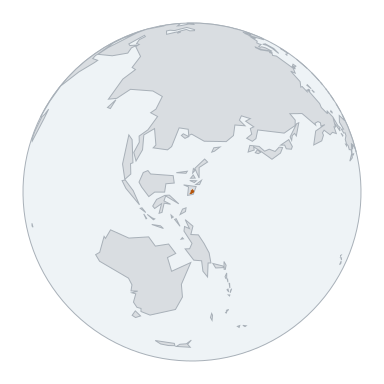 the Earth from above Davao del Norte, rotated 44°
{"feature_id": "PHL-2591", "entity_name": "Davao del Norte", "entity_type": "Province", "adm_level": 1, "iso_a3": "PHL", "parent_name": "Philippines", "parent_adm1": "", "projection": "orthographic", "projection_center": [125.674, 7.446], "detail": "fine", "context": "on_globe", "style": "filled", "palette": "amber", "viewbox_px": 384, "rotation_deg": 44, "n_neighbors": 0, "source": "natural_earth", "source_scale": "10m", "svg_char_len": 8523}
<svg xmlns="http://www.w3.org/2000/svg" viewBox="0 0 384 384"><g transform="rotate(44 192 192)"><circle cx="192" cy="192" r="169" fill="#eef3f6" stroke="#a8b0b8"/><path d="M323.9,250.6L323.7,251.8L323.6,252.0L323.9,250.6ZM282.4,49.3L279.8,47.7L274.1,46.2L277.9,49.6L272.7,46.2L283.6,56.1L284.1,60.2L280.1,53.3L277.1,51.0L275.7,52.3L272.3,50.3L269.6,50.0L265.7,47.7L263.6,44.5L261.0,43.1L260.2,44.2L255.7,43.0L257.3,41.5L249.6,39.4L244.8,34.7L252.3,34.6L246.2,32.1L246.0,31.9L258.6,36.7L270.7,42.5L282.4,49.3ZM348.7,141.8L347.3,138.1L348.6,139.8L348.7,141.8ZM346.1,136.3L346.7,137.4L346.1,136.5L346.1,136.3ZM345.5,135.9L345.9,136.2L345.6,136.3L345.5,135.9ZM344.9,136.0L345.2,135.8L345.2,136.0L344.9,136.0ZM343.3,134.9L342.9,134.5L343.1,133.9L343.3,134.9ZM281.4,52.9L281.7,52.2L282.6,53.6L281.4,52.9ZM270.0,50.4L271.0,51.4L269.2,50.9L270.0,50.4ZM261.5,47.0L258.3,46.2L261.2,46.4L261.5,47.0ZM256.2,45.3L248.5,43.8L250.0,45.6L241.3,40.2L250.7,42.9L254.0,42.8L253.9,43.9L256.2,45.3ZM237.7,37.7L235.5,37.1L237.4,37.2L237.7,37.7ZM240.7,30.2L243.5,31.1L241.9,30.6L236.5,29.1L235.1,28.8L234.4,28.4L240.7,30.2ZM229.5,27.2L230.5,27.5L226.6,26.6L229.5,27.2ZM223.9,26.1L229.9,27.4L229.7,27.4L223.9,26.1ZM221.0,25.6L223.1,25.9L222.8,25.9L221.0,25.6ZM218.3,25.1L217.4,25.0L216.4,24.8L216.7,24.9L218.3,25.1ZM220.3,25.5L220.9,25.6L219.5,25.3L220.3,25.5ZM211.5,24.2L207.8,23.8L208.0,23.8L211.5,24.2ZM47.5,104.4L47.2,105.2L56.4,92.1L57.2,90.1L64.5,81.1L66.6,79.2L66.2,82.6L68.4,80.1L73.1,73.3L77.5,69.8L75.2,70.7L72.8,73.5L71.3,74.4L73.4,72.0L74.9,70.7L76.3,69.0L70.8,74.2L80.5,65.0L90.9,56.6L102.0,49.0L101.9,49.1L107.5,45.7L108.1,45.6L111.5,43.5L115.2,41.5L118.1,40.1L122.0,38.4L124.7,37.1L120.8,38.8L133.9,33.3L136.1,32.6L138.0,32.5L127.5,38.1L123.4,39.4L125.0,37.8L117.6,41.8L121.0,40.2L119.5,41.4L125.0,39.4L124.2,40.1L130.8,37.1L130.5,37.9L126.2,39.8L134.1,38.2L135.0,39.7L137.2,39.0L139.2,37.9L139.0,41.0L140.6,40.4L141.3,39.1L144.9,37.2L151.3,35.3L150.9,36.5L148.5,37.3L143.0,41.2L136.8,43.7L137.3,44.0L142.6,42.2L149.3,37.4L153.2,36.0L150.6,38.1L151.9,37.2L153.7,36.9L155.1,37.8L158.3,35.6L178.9,32.7L183.7,34.8L179.1,36.5L193.1,37.5L197.4,41.0L198.0,39.6L205.2,39.9L203.9,38.7L204.7,38.2L222.4,39.7L226.3,41.4L234.6,41.6L234.9,41.1L232.5,39.8L241.3,40.2L250.0,45.6L248.9,46.5L255.2,49.7L251.6,51.5L251.6,54.9L244.1,55.8L244.7,58.8L247.1,59.8L249.8,65.1L246.9,73.6L238.6,62.2L240.8,51.2L239.0,55.0L236.3,53.0L233.7,53.8L232.7,57.0L234.5,58.0L216.7,59.1L208.0,67.7L216.3,68.6L220.0,72.5L217.4,85.6L196.2,101.7L200.9,109.2L200.2,113.6L194.0,115.4L194.8,108.9L189.8,105.8L191.2,102.2L181.4,103.8L183.0,98.7L174.6,102.9L176.2,107.4L184.2,107.5L176.3,114.0L182.6,122.6L181.6,132.0L165.5,147.0L151.6,150.6L150.4,153.6L145.7,149.5L138.2,154.8L145.8,173.5L145.1,178.7L133.4,187.2L133.4,183.3L121.0,172.4L117.7,184.4L127.1,196.0L130.2,208.6L122.6,203.9L119.5,192.8L115.1,188.5L117.1,177.9L114.8,161.6L107.2,163.7L108.5,157.4L104.3,143.9L93.7,146.5L76.4,160.9L72.8,176.9L67.4,183.3L63.8,158.8L66.3,143.2L62.4,144.0L60.8,130.2L50.6,126.5L51.5,122.5L49.0,123.7L48.3,119.0L50.5,112.6L49.0,112.3L43.7,129.4L45.6,129.8L50.4,124.4L48.3,130.4L49.3,136.7L40.0,149.4L28.7,158.3L31.4,146.2L42.9,112.8L44.7,109.6L45.0,109.2L45.3,108.6L42.4,113.7L45.7,107.5L35.4,129.7L32.0,139.2L28.4,158.9L27.8,160.6L27.9,165.0L32.7,162.8L31.9,166.8L27.2,184.2L23.9,207.0L26.6,225.1L30.1,240.1L31.0,243.4L27.8,231.8L25.4,220.0L23.8,208.1L23.1,196.1L23.2,184.1L24.2,172.1L26.1,160.2L28.7,148.5L32.2,137.0L36.6,125.8L41.7,114.9L47.5,104.4ZM61.8,93.9L64.2,96.2L70.0,87.3L71.4,87.6L72.8,84.7L70.4,86.6L75.0,79.0L78.5,77.6L81.7,74.2L81.1,73.4L73.9,77.3L67.3,88.0L63.8,90.9L61.8,93.9ZM188.9,23.1L189.1,23.1L185.8,23.2L180.2,23.5L183.3,23.3L174.8,23.9L175.4,23.9L188.9,23.1ZM205.7,23.6L206.4,23.7L198.3,23.2L194.8,23.1L195.3,23.1L205.7,23.6ZM155.4,27.3L157.8,26.7L158.5,26.6L164.5,25.5L164.3,25.8L160.6,26.5L155.4,27.3ZM54.8,94.0L53.0,96.1L54.0,94.6L54.4,94.1L54.8,94.0ZM156.2,27.4L158.8,26.8L157.1,27.3L156.2,27.4ZM164.5,26.0L163.1,26.4L165.0,25.7L164.5,26.0ZM98.6,325.7L102.1,327.8L100.6,327.6L98.6,325.7ZM34.4,241.4L41.8,266.6L40.5,265.7L36.8,257.6L31.7,242.0L32.1,238.6L31.3,232.0L34.4,241.4ZM172.5,241.3L177.8,242.5L177.6,243.2L172.5,241.3ZM167.0,238.1L173.0,238.9L166.1,239.7L167.0,238.1ZM175.3,239.2L181.3,238.3L183.9,237.2L183.5,238.8L175.3,239.2ZM163.1,237.7L141.9,235.3L133.8,232.4L135.6,229.7L148.8,231.9L163.1,237.7ZM134.9,229.6L122.6,220.1L106.9,194.8L112.5,195.9L129.2,212.0L128.1,214.3L135.5,221.6L134.9,229.6ZM165.2,218.0L164.1,225.3L152.3,223.4L147.0,221.7L143.4,211.8L145.4,207.2L149.7,207.8L167.1,193.3L173.0,197.9L167.5,204.2L172.4,211.1L165.2,218.0ZM73.2,178.5L75.3,188.7L72.5,189.9L73.2,178.5ZM174.7,182.7L167.3,189.0L174.2,180.3L174.7,182.7ZM179.1,174.3L179.3,177.9L176.7,174.2L179.1,174.3ZM149.7,158.3L145.1,158.7L145.3,156.2L151.2,154.4L149.7,158.3ZM180.9,140.2L179.8,147.2L178.5,149.6L177.0,145.0L180.9,140.2ZM158.1,32.1L149.9,33.0L143.8,34.6L140.2,36.6L141.8,34.5L151.1,32.0L158.1,32.1ZM176.4,32.3L179.5,31.1L180.5,31.7L180.0,32.1L176.4,32.3ZM176.6,31.5L175.9,29.9L179.3,29.3L179.1,30.6L176.6,31.5ZM165.7,27.6L163.3,27.8L164.7,27.3L165.7,27.6ZM284.4,313.2L286.5,314.4L281.7,318.8L275.0,323.1L268.7,324.4L284.4,313.2ZM234.6,322.3L233.8,316.9L241.1,316.9L238.6,321.5L234.6,322.3ZM289.1,309.9L293.4,305.1L294.4,299.0L294.6,304.6L298.6,304.9L288.0,314.0L289.1,309.9ZM206.2,298.1L173.6,306.0L166.2,304.0L167.5,299.5L159.6,285.0L162.0,285.5L159.7,275.8L178.6,269.0L192.0,254.4L203.2,256.4L211.3,245.7L223.0,247.5L219.9,256.2L232.4,263.2L240.1,243.6L248.5,265.8L258.1,274.2L261.7,288.0L247.3,309.7L238.3,313.4L236.2,311.2L232.5,313.2L226.4,311.9L222.3,304.3L218.7,306.3L221.8,301.0L216.8,305.5L213.3,300.5L206.2,298.1ZM290.5,265.7L292.4,266.4L295.6,270.4L292.5,269.5L290.5,265.7ZM319.1,254.9L320.0,256.7L318.0,257.1L319.1,254.9ZM323.6,252.0L321.2,252.6L323.9,250.6L323.6,252.0ZM299.8,253.6L300.8,255.1L300.0,255.5L299.8,253.6ZM299.0,253.1L300.0,251.0L300.0,253.2L299.0,253.1ZM289.6,240.8L290.7,239.8L291.2,240.7L289.6,240.8ZM185.6,243.3L192.8,238.2L196.8,238.1L185.6,243.3ZM287.9,238.4L285.1,238.0L285.3,236.8L287.9,238.4ZM288.0,235.7L287.7,234.0L289.5,238.0L288.0,235.7ZM282.5,231.6L286.0,234.8L282.1,231.9L282.5,231.6ZM280.5,231.9L278.0,230.4L278.1,229.9L280.5,231.9ZM252.9,231.9L262.2,242.3L254.9,241.4L246.7,234.8L240.6,239.8L226.6,237.7L229.7,234.5L227.7,229.0L213.4,225.7L210.6,222.0L215.6,220.1L206.3,216.6L216.4,215.9L220.7,223.4L226.4,218.4L236.6,220.7L246.6,223.9L254.9,229.9L252.9,231.9ZM216.7,231.5L218.4,231.6L216.9,233.6L216.7,231.5ZM273.2,226.1L276.8,229.9L276.4,230.7L274.6,230.0L273.2,226.1ZM256.7,228.9L265.5,223.8L267.6,224.1L261.8,230.2L256.7,228.9ZM263.3,219.8L267.4,221.0L269.7,224.5L268.8,225.3L263.3,219.8ZM195.9,223.0L195.5,224.9L192.9,223.1L195.9,223.0ZM199.2,222.2L207.2,225.0L198.5,223.8L199.2,222.2ZM175.8,213.1L178.0,217.9L185.1,215.7L179.7,219.4L184.6,227.5L183.1,230.2L178.2,221.5L176.6,229.8L173.5,229.4L171.7,221.9L174.8,213.3L177.9,210.0L190.7,209.7L175.8,213.1ZM199.1,216.5L197.1,210.9L198.7,207.5L200.9,210.6L199.1,216.5ZM191.2,197.5L186.0,190.8L181.0,192.7L191.2,185.2L194.5,192.8L191.2,197.5ZM187.1,183.6L182.4,185.3L187.4,180.8L187.1,183.6ZM181.4,183.1L181.1,178.9L184.6,179.8L181.4,183.1ZM189.5,184.1L190.7,177.0L192.3,181.4L189.5,184.1ZM180.1,169.4L187.4,177.0L177.6,173.0L178.2,159.5L182.4,159.6L180.1,169.4ZM210.2,119.8L209.7,116.2L213.8,115.9L213.0,118.4L210.2,119.8ZM226.8,112.9L214.7,114.7L205.0,116.7L207.6,118.6L204.6,124.3L201.2,118.3L208.6,112.6L215.9,112.2L217.8,107.6L223.6,105.1L223.5,99.2L226.3,97.1L228.6,102.5L226.8,112.9ZM223.2,96.7L225.2,87.1L232.6,89.6L233.8,92.2L229.8,95.4L226.1,93.9L223.2,96.7ZM227.8,85.6L224.3,84.2L219.8,70.2L220.7,68.0L228.1,79.2L225.1,78.6L224.9,81.8L227.8,85.6ZM235.7,37.8L235.5,37.2L237.1,37.9L235.7,37.8ZM203.9,37.5L205.3,36.9L207.0,37.6L203.9,37.5ZM210.1,35.7L207.1,35.3L210.4,35.2L210.1,35.7ZM200.4,34.7L206.0,34.9L200.4,35.4L200.4,34.7Z" fill="#d9dde1" stroke="#a8b0b8" stroke-width="1"/><path d="M192.5,192.3L192.4,192.3L192.2,192.4L192.0,192.5L191.9,192.5L191.6,192.6L191.5,191.6L190.9,191.6L190.9,191.4L191.0,191.3L191.3,191.3L191.3,191.2L191.3,190.9L191.3,190.7L191.2,190.6L191.1,190.4L192.0,190.4L192.1,191.0L192.3,191.3L192.5,191.2L192.7,190.9L192.8,191.1L192.7,191.2L192.7,191.3L192.8,191.5L192.7,191.7L192.5,191.8L192.5,192.0L192.4,192.0L192.5,192.1L192.5,192.3ZM192.3,193.5L192.2,193.6L192.2,193.4L192.1,193.2L192.1,192.9L192.1,192.7L192.2,192.8L192.3,192.9L192.3,193.0L192.3,193.4L192.3,193.5Z" fill="#f59e0b" stroke="#b45309" stroke-width="1.5"/></g></svg>